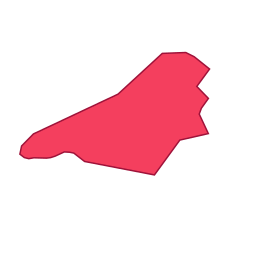 Radece, orthographic projection, rotated 141°
{"feature_id": "SVN-980", "entity_name": "Radece", "entity_type": "Municipality", "adm_level": 1, "iso_a3": "SVN", "parent_name": "Slovenia", "parent_adm1": "", "projection": "orthographic", "projection_center": [15.163, 46.062], "detail": "fine", "context": "isolated", "style": "filled", "palette": "rose", "viewbox_px": 256, "rotation_deg": 141, "n_neighbors": 0, "source": "natural_earth", "source_scale": "10m", "svg_char_len": 467}
<svg xmlns="http://www.w3.org/2000/svg" viewBox="0 0 256 256"><g transform="rotate(141 128 128)"><path d="M54.4,164.4L35.6,150.3L31.7,141.7L27.5,122.5L48.4,117.0L46.9,100.4L58.5,97.2L63.9,94.0L69.1,73.1L95.3,86.0L137.0,74.9L182.8,129.3L185.9,142.6L188.7,146.0L192.6,149.5L202.4,152.0L206.8,153.7L210.3,155.9L219.9,164.1L224.4,166.6L227.2,170.3L228.5,175.7L222.0,181.0L205.2,182.9L114.5,160.6L54.4,164.4Z" fill="#f43f5e" stroke="#9f1239" stroke-width="1.5"/></g></svg>